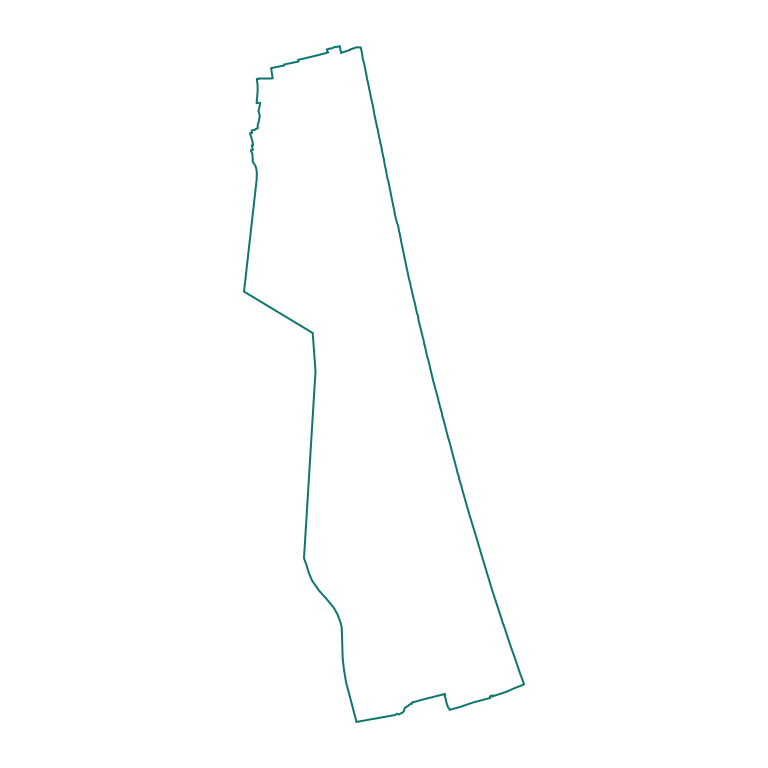 Sathing Phra, Songkhla, Thailand (Natural Earth projection)
{"feature_id": "78962969B2429736291194", "entity_name": "Sathing Phra", "entity_type": "district", "adm_level": 2, "iso_a3": "THA", "parent_name": "Thailand", "parent_adm1": "Songkhla", "projection": "natural_earth1", "projection_center": [100.407, 7.492], "detail": "fine", "context": "isolated", "style": "outline", "palette": "teal", "viewbox_px": 768, "rotation_deg": 0, "n_neighbors": 0, "source": "geoboundaries", "source_scale": "gbopen_adm2", "svg_char_len": 5744}
<svg xmlns="http://www.w3.org/2000/svg" viewBox="0 0 768 768"><path d="M244.0,291.6L312.7,333.0L315.5,371.3L304.0,558.1L305.1,561.2L306.1,563.9L308.9,573.0L312.0,580.5L319.1,590.7L326.3,598.7L331.8,605.3L334.4,608.8L337.8,615.1L340.5,622.4L341.7,627.4L342.1,639.2L342.7,658.6L343.9,669.2L346.1,682.6L349.7,696.0L356.5,721.9L395.0,715.0L395.3,714.9L395.5,714.8L396.5,714.0L396.9,713.8L397.1,713.8L397.4,713.8L397.6,713.8L398.3,714.4L398.5,714.5L398.9,714.4L400.0,713.8L400.8,713.3L401.1,713.2L402.0,712.9L402.4,712.7L402.6,712.6L403.6,711.4L403.8,711.1L403.9,710.9L404.4,709.4L404.5,708.4L404.6,708.2L404.8,707.9L405.6,707.4L406.7,706.6L407.7,706.1L408.1,705.9L408.7,705.3L409.3,704.8L409.7,704.5L410.3,704.2L410.6,704.1L410.9,704.0L411.5,703.9L411.4,703.2L411.5,703.1L412.4,702.9L412.7,702.5L412.7,702.3L412.7,702.2L413.4,702.0L414.4,701.9L414.8,701.8L415.2,701.6L416.1,701.5L416.8,701.3L417.3,701.1L417.7,701.0L418.2,700.9L419.8,700.4L420.7,700.1L421.2,699.9L422.8,699.6L423.1,699.5L425.0,699.0L426.5,698.6L427.4,698.4L428.7,698.0L429.4,697.9L430.1,697.7L432.1,697.3L433.1,696.9L434.5,696.6L442.8,694.5L443.3,694.4L444.7,693.9L445.2,695.4L445.1,695.5L444.8,695.7L444.7,695.7L444.7,695.8L444.8,696.2L445.7,699.0L445.9,699.5L446.2,701.7L447.1,704.6L447.8,706.6L448.0,707.1L448.2,707.5L448.7,708.0L449.0,708.3L449.1,708.5L449.4,709.0L449.5,709.3L449.6,709.8L455.6,708.2L461.4,706.5L473.0,702.5L490.3,697.9L490.0,696.4L492.5,695.5L492.8,696.4L494.1,695.8L495.0,695.5L504.0,692.6L506.6,691.7L507.2,691.4L510.0,690.2L512.0,689.3L514.7,688.1L517.8,686.9L519.7,686.2L520.8,685.7L524.0,684.4L523.1,681.8L522.4,679.6L519.7,672.4L515.9,661.0L510.0,644.4L503.6,624.9L502.8,623.4L502.5,621.9L500.3,615.1L492.0,589.7L480.8,552.5L476.8,538.8L469.0,513.3L461.8,488.0L461.3,485.6L460.7,483.7L460.1,482.3L458.3,475.0L457.5,472.9L456.7,469.1L455.6,465.3L455.2,463.2L453.4,457.1L450.4,445.3L449.2,440.9L448.2,437.9L447.6,435.7L446.0,429.3L444.0,421.5L442.1,414.8L441.7,412.4L440.6,408.8L439.6,405.0L438.7,401.6L438.2,399.1L435.4,388.8L432.9,379.7L431.6,374.1L428.0,358.8L427.3,357.2L424.9,346.2L424.3,344.4L423.5,339.8L422.7,337.0L420.3,327.3L418.7,320.8L417.8,315.2L417.5,314.2L416.9,313.4L416.9,312.5L416.7,311.8L416.1,309.4L414.9,303.2L413.9,299.9L411.5,289.3L411.0,287.9L410.5,285.0L410.2,282.9L409.7,281.6L409.0,279.0L404.4,257.1L401.4,242.5L401.1,241.2L400.8,239.2L400.3,236.9L399.7,233.3L399.2,232.1L398.3,226.6L397.9,225.1L397.6,224.5L396.8,222.2L394.9,214.5L394.1,209.6L393.3,206.1L391.0,194.7L389.7,188.0L388.3,181.2L387.4,178.1L386.0,170.4L384.4,163.0L383.9,159.2L383.7,158.4L383.4,157.5L382.8,154.6L382.3,152.1L382.1,151.3L381.9,151.0L381.8,149.2L381.2,146.1L380.9,144.8L380.7,144.3L380.6,143.7L380.4,143.4L380.2,143.1L380.3,142.6L380.2,141.9L380.1,141.2L379.0,136.5L378.3,132.6L378.0,131.4L377.8,129.5L377.5,128.8L377.4,128.5L377.2,127.9L375.6,120.1L374.3,114.1L373.0,106.3L372.4,103.8L371.5,99.8L371.1,98.2L371.1,97.6L370.8,97.1L370.6,95.5L370.2,93.6L370.1,92.3L369.8,91.5L369.6,90.6L369.4,89.9L369.2,89.2L369.1,88.8L369.1,88.0L369.0,87.6L368.9,87.0L368.7,86.4L367.9,82.1L367.6,81.3L367.5,80.7L367.2,79.6L366.8,77.7L366.5,75.4L366.0,73.4L365.8,72.0L365.6,71.1L365.5,70.7L365.3,70.3L365.3,69.9L365.3,69.5L365.3,69.1L365.2,68.7L365.0,68.1L364.9,67.4L364.8,66.9L364.6,66.4L364.3,64.5L363.4,61.0L363.3,60.5L363.0,59.9L362.7,58.0L362.4,56.5L362.4,56.1L362.3,55.8L362.3,55.3L362.3,54.9L362.0,53.9L362.0,53.3L361.7,51.7L361.3,49.8L361.0,48.7L360.7,47.5L360.3,47.5L358.6,47.4L357.2,47.4L356.1,47.4L355.7,47.5L355.4,47.6L354.5,48.1L353.8,48.3L351.5,49.0L350.3,49.5L349.7,49.7L349.7,50.1L345.5,51.4L341.2,52.8L341.2,52.4L340.9,51.9L340.5,50.3L340.4,50.0L340.4,49.4L340.3,48.9L340.2,48.0L340.0,47.5L339.8,47.0L339.6,46.1L337.6,46.8L337.3,46.8L335.0,47.0L334.4,47.1L334.2,47.2L332.5,48.1L332.0,48.3L331.4,48.4L330.9,48.5L330.2,48.5L329.6,48.6L328.7,48.9L328.1,49.1L326.9,49.4L327.1,50.4L327.4,50.9L327.4,51.5L327.5,51.7L327.7,52.0L328.0,52.4L327.1,52.7L325.6,53.2L325.2,53.4L324.5,53.5L323.4,53.7L319.1,54.9L316.6,55.5L314.3,56.0L312.7,56.5L309.8,57.1L308.5,57.5L306.4,57.9L305.3,58.2L304.8,58.3L302.8,58.8L301.5,59.1L300.3,59.3L298.8,59.7L298.2,59.8L298.4,61.6L297.6,61.7L296.5,61.9L296.2,62.0L287.0,63.9L284.4,64.5L284.1,64.5L284.0,65.5L283.9,65.6L282.9,65.8L282.1,65.9L281.1,66.0L279.3,66.5L277.2,66.9L275.1,67.3L273.2,67.7L271.3,68.0L271.2,68.1L271.2,68.3L271.3,69.3L271.8,72.9L272.3,75.6L272.3,76.0L272.4,76.8L272.7,78.2L271.6,78.4L270.4,78.5L262.4,78.5L261.7,78.5L259.6,78.4L258.9,78.5L258.8,79.0L257.0,79.0L256.9,79.0L257.1,81.4L257.6,84.8L257.6,86.8L257.6,89.1L257.7,89.8L257.3,95.1L257.2,96.8L256.8,100.2L256.7,103.1L257.1,103.1L257.7,102.9L258.9,102.8L259.2,102.9L260.1,103.1L259.9,104.3L259.6,106.3L258.9,109.6L258.8,110.3L258.5,111.0L258.4,111.3L258.5,111.5L258.8,112.2L259.3,113.9L259.5,114.4L259.6,115.3L259.6,116.2L259.6,116.7L259.2,119.3L258.7,121.9L258.5,122.4L258.3,123.0L258.1,123.5L257.9,124.0L257.8,124.7L257.7,125.4L257.7,128.2L257.6,128.3L257.4,128.5L256.2,128.8L255.7,129.0L255.4,129.3L255.2,129.5L254.9,129.8L253.8,129.9L253.1,130.1L252.0,130.4L251.8,130.5L251.7,130.6L251.7,130.8L251.9,131.8L252.1,132.7L252.0,132.8L251.9,132.9L251.7,132.9L250.2,133.0L250.3,134.1L250.3,134.4L250.6,135.2L251.2,137.0L251.8,139.4L252.0,139.7L252.2,140.1L252.3,140.6L253.0,145.3L252.0,145.6L251.9,145.6L252.2,147.5L252.8,149.3L252.8,149.5L252.8,149.8L252.7,149.8L251.4,150.2L251.2,150.2L251.2,150.3L251.1,150.5L251.3,151.5L251.4,151.8L251.8,152.3L251.9,152.5L252.4,154.3L252.5,154.9L252.5,155.4L252.6,157.2L252.6,158.5L252.8,160.4L252.7,161.1L252.8,161.6L252.9,162.0L253.1,162.3L253.6,163.1L254.6,164.5L255.4,165.9L256.0,167.7L256.4,169.3L256.7,171.0L256.8,173.5L256.7,177.4L256.7,179.2L244.0,291.6Z" fill="none" stroke="#0f766e" stroke-width="2"/></svg>